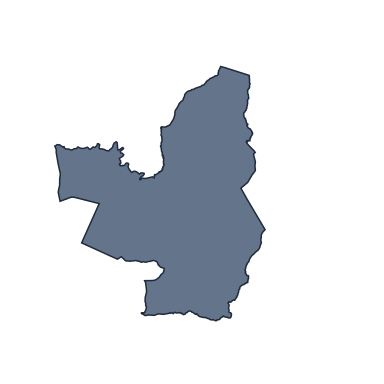 outline of Kitwe, Copperbelt, Zambia, rotated 321°
{"feature_id": "96606910B1018737914833", "entity_name": "Kitwe", "entity_type": "district", "adm_level": 2, "iso_a3": "ZMB", "parent_name": "Zambia", "parent_adm1": "Copperbelt", "projection": "mercator", "projection_center": [28.274, -12.828], "detail": "fine", "context": "isolated", "style": "filled", "palette": "slate", "viewbox_px": 384, "rotation_deg": 321, "n_neighbors": 0, "source": "geoboundaries", "source_scale": "gbopen_adm2", "svg_char_len": 6075}
<svg xmlns="http://www.w3.org/2000/svg" viewBox="0 0 384 384"><g transform="rotate(321 192 192)"><path d="M76.4,253.6L76.4,255.3L77.1,256.3L77.6,258.0L78.2,258.9L80.5,259.9L85.4,264.4L86.0,264.4L89.1,265.5L92.8,269.1L98.1,272.0L99.2,272.1L99.2,272.8L100.3,273.1L100.8,274.7L102.9,274.6L103.6,276.0L104.4,276.8L106.2,277.6L106.5,278.7L107.2,278.9L107.8,279.9L107.5,280.4L108.2,281.3L108.2,281.9L109.7,282.6L111.2,282.1L112.4,282.6L114.1,282.3L115.6,283.2L115.9,284.0L116.3,284.4L116.3,285.4L116.9,286.1L117.7,289.2L118.2,289.5L118.8,289.3L119.1,289.7L118.8,290.4L119.4,293.4L122.0,296.8L123.5,298.0L124.5,300.0L125.2,300.8L125.9,302.8L127.3,304.2L128.2,304.7L129.1,306.6L130.1,307.4L130.7,307.4L131.2,307.1L132.1,307.9L133.3,308.4L135.3,307.9L136.6,308.2L137.1,307.9L137.4,307.9L137.8,308.4L138.3,308.3L139.1,310.0L140.8,311.7L141.0,312.8L142.8,314.0L144.1,313.3L145.7,312.0L146.1,310.3L145.2,309.0L145.3,308.4L146.7,306.7L147.3,305.2L149.6,303.4L150.0,302.5L150.1,301.0L150.8,300.7L151.8,300.6L151.9,301.4L152.6,301.9L154.1,302.1L154.8,301.7L156.4,302.1L156.9,302.9L157.5,302.9L160.1,301.9L160.8,301.9L161.7,301.1L162.8,300.8L163.3,300.2L165.1,299.2L166.8,297.5L168.0,297.4L169.3,296.1L172.4,295.8L172.9,296.2L173.9,296.3L174.1,296.6L175.1,296.3L175.7,296.8L177.4,296.6L177.7,297.2L178.6,297.3L179.3,296.2L180.1,295.8L180.5,295.2L181.2,295.0L181.3,294.6L182.0,294.3L182.2,293.7L183.0,293.1L183.1,292.3L182.2,291.6L182.1,291.3L182.5,289.3L182.4,288.4L183.4,288.1L183.9,287.0L183.9,286.2L185.7,285.1L187.1,283.7L187.9,283.5L188.4,283.0L189.5,282.7L190.1,282.2L192.2,281.9L194.9,280.2L198.5,279.1L201.1,279.1L203.2,278.7L206.6,278.8L208.7,278.3L210.3,277.4L211.5,276.4L214.0,275.1L215.0,273.0L216.2,271.6L216.9,271.3L219.0,268.8L221.4,267.8L225.1,267.2L230.4,231.4L232.4,219.8L241.3,219.6L249.6,216.5L253.9,215.5L255.1,214.8L257.2,211.5L260.3,208.4L262.7,203.1L263.9,201.1L266.0,201.1L266.2,199.5L265.4,191.5L265.4,188.3L265.8,187.1L266.9,186.7L266.9,187.8L268.1,187.5L269.1,188.6L269.6,188.3L269.6,187.8L270.8,187.2L271.1,186.7L271.8,186.8L272.7,186.0L274.4,185.6L275.0,185.1L275.7,185.0L276.0,184.0L276.5,183.7L276.2,182.9L276.7,182.3L276.9,179.3L276.3,178.5L276.0,177.7L276.5,174.8L276.8,174.5L277.8,174.8L278.0,174.5L277.8,172.5L279.2,170.0L279.2,169.1L279.7,168.7L279.5,166.7L281.1,164.1L282.4,162.9L283.1,163.1L284.3,162.7L285.3,162.6L286.2,161.7L287.2,161.5L287.5,160.8L288.3,160.4L291.3,157.9L291.5,157.2L292.5,156.3L293.0,155.4L295.0,155.0L296.9,151.9L297.6,149.9L298.6,149.0L299.0,148.2L299.6,147.8L302.2,147.2L303.2,146.2L303.5,145.5L305.3,144.4L305.5,143.2L308.0,140.2L308.5,139.0L309.3,138.4L309.8,137.3L295.6,115.7L293.2,112.5L290.0,114.2L288.9,114.5L288.4,115.2L287.0,116.1L286.9,116.9L285.9,117.3L284.4,117.2L283.0,116.3L280.9,116.3L280.2,115.8L279.0,115.8L277.8,115.2L275.3,115.4L274.8,115.2L272.5,115.2L271.4,115.8L268.4,116.2L266.8,115.4L265.4,115.6L260.7,113.8L258.9,113.3L258.0,113.4L256.6,112.3L254.6,112.2L253.0,111.4L251.7,111.1L250.0,111.2L247.9,111.6L246.1,113.1L244.9,113.5L242.9,114.9L239.0,114.9L238.6,115.3L237.7,115.2L234.6,116.8L230.2,118.2L228.5,119.7L227.7,120.8L224.0,123.5L216.9,126.0L216.6,125.7L215.5,125.7L215.0,125.4L214.4,125.5L214.0,125.1L212.6,125.0L210.2,123.2L210.0,122.6L209.5,122.2L208.3,122.3L207.8,123.0L208.1,123.6L207.6,123.9L207.6,124.3L206.8,124.6L205.6,126.6L203.5,128.6L203.5,129.8L202.3,131.3L202.3,131.8L200.5,133.7L198.8,134.5L198.2,135.6L197.3,136.4L196.7,136.3L196.3,136.8L195.9,138.1L194.0,141.2L193.7,142.5L192.7,144.0L192.7,144.8L192.5,145.1L191.9,144.8L191.7,145.2L192.0,146.8L191.7,146.9L191.5,147.5L191.1,147.2L190.9,147.5L190.8,148.4L189.6,149.9L189.1,150.1L188.8,150.9L187.5,152.2L187.7,153.1L187.3,153.4L184.9,154.3L184.8,154.9L183.6,155.1L183.3,155.5L183.3,155.9L182.6,155.9L182.0,156.6L180.8,156.0L180.1,156.3L179.7,156.0L179.4,156.2L179.2,155.9L178.8,156.1L178.6,155.8L178.0,156.1L175.4,155.9L174.6,155.7L174.2,155.1L173.7,155.1L173.2,155.3L172.9,156.1L172.1,156.4L171.4,157.1L170.9,155.4L164.8,152.5L164.3,151.9L163.3,151.5L162.8,150.6L161.6,149.6L160.3,150.2L159.3,149.7L159.5,148.9L161.0,148.4L162.5,148.2L164.3,148.6L165.7,148.2L166.5,147.6L166.5,147.3L165.8,146.3L164.1,144.9L162.4,145.0L161.8,141.8L160.5,139.7L159.1,139.0L157.5,138.9L157.3,138.5L157.6,133.6L158.6,131.6L160.3,130.6L160.4,129.5L160.2,129.0L159.3,128.3L158.6,128.1L157.0,128.7L155.9,128.7L155.4,128.1L154.8,128.0L154.7,127.6L153.2,126.9L152.7,126.2L153.0,125.8L153.1,124.6L153.7,124.5L154.3,125.0L155.1,124.5L155.4,123.6L156.1,123.0L156.1,121.8L156.6,120.3L157.5,120.2L160.7,120.7L162.4,120.0L162.1,117.8L161.2,116.8L161.2,116.4L161.8,115.4L163.4,115.2L165.2,115.4L166.2,115.1L166.3,114.5L166.1,113.8L165.7,113.6L163.5,113.6L161.0,113.1L161.2,111.9L164.7,107.0L164.9,105.6L164.5,105.2L162.3,105.0L160.5,105.8L158.2,107.4L156.9,107.3L155.9,107.6L155.3,107.3L153.6,107.7L152.9,107.5L152.5,106.8L151.6,106.2L150.7,103.9L149.1,101.7L147.4,100.5L147.4,99.8L148.0,98.7L148.5,98.2L149.6,97.7L150.1,96.9L149.4,95.3L148.9,95.0L147.3,96.1L144.8,96.2L144.2,96.0L143.6,94.9L143.2,94.7L139.9,94.8L139.1,93.8L139.2,92.4L138.7,91.2L136.5,90.6L134.2,89.2L133.1,88.1L131.7,85.2L130.8,85.2L129.8,85.7L127.6,84.2L125.7,83.9L124.4,83.4L123.3,81.1L121.1,79.3L120.5,77.0L120.5,76.6L120.9,76.7L121.1,76.2L119.7,75.3L118.9,72.2L117.0,70.3L114.9,70.3L114.2,70.0L113.5,72.9L112.9,74.0L111.4,75.7L106.2,84.9L101.1,95.0L97.2,98.8L93.3,103.5L88.0,107.8L83.6,116.2L94.4,119.8L95.9,120.7L97.7,122.7L112.6,142.6L74.2,162.1L91.8,197.3L96.3,197.8L97.1,203.5L97.5,204.2L99.5,205.9L100.0,206.6L105.2,209.9L106.3,211.5L107.4,212.6L108.3,214.6L110.6,215.8L111.3,216.9L112.4,217.8L114.7,218.7L116.1,219.8L116.6,219.8L118.7,220.8L119.8,222.0L120.8,224.1L120.3,226.6L119.8,227.3L120.3,227.9L120.0,228.7L120.3,230.6L122.2,233.8L121.0,235.3L120.2,235.5L119.6,236.3L118.2,236.7L115.7,236.7L113.2,237.6L108.9,237.5L107.1,236.9L105.0,235.5L99.4,231.1L98.9,233.2L95.7,238.4L93.7,241.2L89.5,244.3L86.8,247.3L85.9,249.4L84.7,250.9L84.1,252.8L82.2,254.5L80.0,255.4L79.4,256.0L78.7,255.7L77.4,254.5L76.9,254.6L76.4,253.6Z" fill="#64748b" stroke="#1e293b" stroke-width="1.5"/></g></svg>